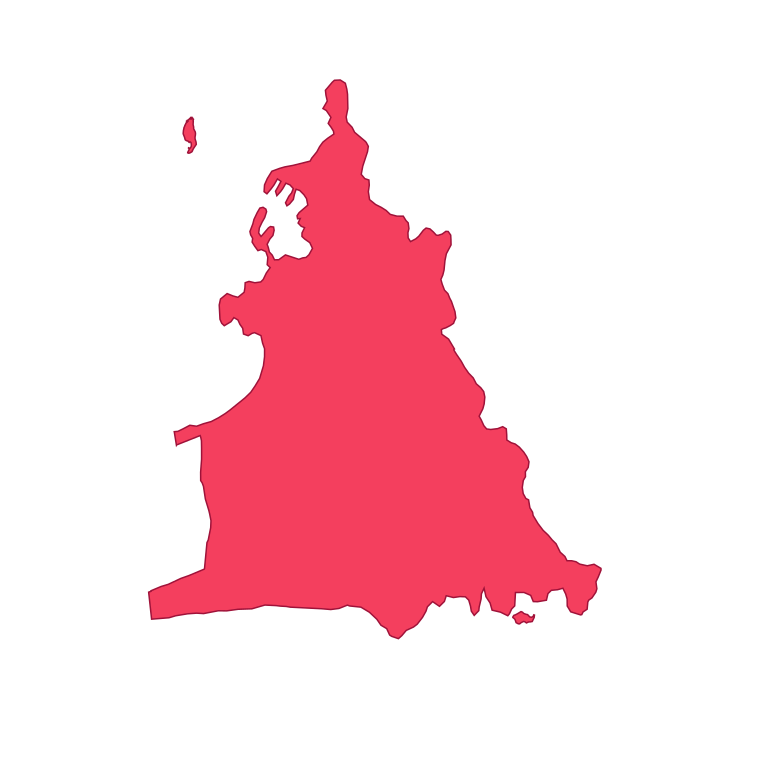 Dakar, Dakar, Senegal (Robinson projection), rotated 194°
{"feature_id": "50182788B18539004609148", "entity_name": "Dakar", "entity_type": "district", "adm_level": 2, "iso_a3": "SEN", "parent_name": "Senegal", "parent_adm1": "Dakar", "projection": "robinson", "projection_center": [-17.439, 14.712], "detail": "fine", "context": "isolated", "style": "filled", "palette": "rose", "viewbox_px": 768, "rotation_deg": 194, "n_neighbors": 0, "source": "geoboundaries", "source_scale": "gbopen_adm2", "svg_char_len": 6160}
<svg xmlns="http://www.w3.org/2000/svg" viewBox="0 0 768 768"><g transform="rotate(194 384 384)"><path d="M534.4,241.0L529.5,229.2L523.3,218.8L521.8,215.9L518.8,209.5L517.4,202.6L516.8,190.1L517.4,187.3L513.5,161.4L513.6,160.9L527.0,150.9L534.1,146.2L544.9,137.4L551.3,133.6L560.1,127.0L559.9,126.5L562.0,125.1L552.6,99.6L536.0,105.2L530.1,108.7L519.0,113.5L510.4,116.3L503.5,117.6L489.9,123.9L481.8,125.8L471.1,130.1L457.8,133.9L446.1,140.7L435.0,142.9L430.9,143.4L425.1,144.5L421.0,144.8L390.4,150.8L381.1,152.3L373.4,155.3L366.0,160.6L363.7,160.3L352.4,161.9L342.9,159.0L334.0,154.0L328.6,149.2L322.2,147.3L317.8,141.8L315.5,141.0L308.4,140.4L305.8,144.2L302.8,150.3L296.6,155.3L293.7,158.9L290.2,166.8L288.3,173.7L288.0,178.3L284.2,184.6L276.4,181.7L272.8,187.6L272.4,193.6L265.0,193.6L258.9,196.1L253.5,197.2L249.5,194.8L246.4,189.5L244.3,184.7L240.5,181.3L237.2,187.0L237.7,190.6L237.8,198.9L238.7,204.0L237.5,210.1L233.6,202.3L228.1,197.2L224.4,190.7L215.8,190.8L207.8,189.1L206.7,191.4L205.7,196.6L203.5,200.3L206.0,213.5L197.7,215.6L190.5,214.4L186.5,209.0L182.3,209.9L174.1,213.5L174.2,220.3L171.7,224.3L165.8,226.4L161.0,229.1L156.9,224.2L154.3,219.7L152.5,212.9L147.7,208.1L137.4,207.5L136.3,208.1L135.7,211.0L132.4,214.6L133.5,221.8L133.0,223.9L130.5,226.7L128.1,233.2L127.9,236.8L130.5,243.3L129.4,248.8L128.4,256.0L128.9,257.6L136.6,259.9L142.8,256.8L150.6,256.6L154.7,258.0L159.1,257.9L163.7,256.8L166.7,260.4L172.3,263.4L178.4,270.6L183.3,273.5L188.0,277.0L194.2,280.5L200.8,285.8L207.5,292.5L208.8,295.5L212.5,299.2L215.7,306.6L218.6,307.2L222.4,311.3L224.8,317.1L225.5,324.1L224.3,328.3L225.6,333.1L223.9,338.0L224.5,343.6L228.0,348.1L231.9,351.7L237.3,355.4L242.2,357.5L246.5,357.8L251.3,359.4L252.6,364.3L254.5,370.1L258.5,371.3L262.9,368.2L269.4,365.7L273.5,365.2L277.0,367.7L281.0,372.7L283.9,375.8L282.1,383.9L282.0,388.9L283.0,395.7L285.4,400.7L289.2,403.8L294.5,406.5L298.9,411.5L304.5,415.0L309.9,419.7L314.6,424.8L320.8,430.3L324.3,433.7L324.6,434.5L324.1,435.0L332.2,443.2L340.0,446.3L341.5,450.7L339.9,452.1L337.7,453.4L333.8,456.8L331.2,459.7L331.0,461.7L330.3,465.5L332.6,471.3L338.5,480.4L341.0,483.2L343.8,487.1L348.0,489.7L351.7,495.0L354.1,499.2L353.3,504.0L353.3,509.1L354.7,518.5L355.0,525.5L352.6,535.2L354.0,540.4L355.3,544.6L358.6,547.5L360.9,547.1L363.8,543.6L367.5,541.3L369.3,541.1L372.8,543.4L376.9,545.6L380.9,545.5L383.0,542.7L386.0,535.8L388.3,532.5L392.7,528.6L395.9,531.6L397.4,536.6L397.4,540.8L399.5,546.2L402.2,547.9L405.9,551.5L412.1,550.0L419.0,550.1L423.9,552.9L429.3,554.7L435.5,556.1L442.6,559.4L445.7,566.8L446.4,573.4L448.0,578.3L452.3,578.6L456.8,581.9L457.3,590.2L456.2,605.4L456.7,610.8L459.7,614.1L460.8,614.9L473.4,621.1L477.1,625.4L483.1,629.2L485.3,633.9L485.7,642.5L489.5,656.4L491.4,661.1L494.3,666.5L500.0,668.4L505.6,666.7L507.2,664.3L511.9,654.8L510.2,650.2L507.5,644.8L509.9,636.5L506.1,635.4L500.0,629.9L501.2,623.4L497.2,620.1L494.2,617.1L493.1,614.4L498.1,608.8L501.8,603.9L503.9,598.7L505.3,593.1L508.8,585.6L509.6,582.4L525.2,574.1L532.7,570.7L537.4,568.0L544.3,563.3L546.9,555.2L548.1,548.3L546.9,541.6L543.6,540.2L540.8,545.9L538.9,550.5L537.0,557.2L533.0,555.7L534.6,549.4L535.9,544.8L533.5,540.8L530.9,545.6L529.5,549.1L527.8,555.1L523.4,554.4L519.3,551.7L519.9,547.1L521.7,543.2L523.4,536.0L521.3,533.4L519.2,535.8L516.6,541.1L516.8,546.5L516.4,551.7L512.6,551.4L507.5,548.3L504.0,545.1L501.2,539.1L507.8,529.8L509.1,526.2L507.8,523.4L505.3,524.3L506.3,519.4L502.5,517.0L498.9,516.5L500.1,510.7L499.3,507.3L496.1,505.5L490.2,503.2L486.2,498.3L488.1,491.2L490.2,488.0L493.4,486.7L496.8,484.4L510.9,485.4L516.2,479.1L520.3,478.0L523.6,482.0L527.1,484.3L529.3,488.5L531.2,491.3L529.8,497.1L527.7,501.3L527.8,506.6L529.1,509.6L532.3,509.3L533.9,507.5L538.0,499.2L539.0,497.4L542.1,500.1L542.7,505.3L541.5,511.3L540.0,516.6L539.6,522.8L540.9,525.1L544.1,526.2L547.0,524.7L548.5,519.6L550.0,512.2L550.0,507.6L551.0,499.5L549.5,496.5L546.7,493.6L546.3,489.8L542.8,486.4L538.6,482.9L535.6,484.8L530.7,483.9L527.4,478.9L526.2,471.5L522.6,469.4L525.0,463.3L526.5,456.2L528.3,453.2L533.8,451.0L539.8,450.9L543.2,448.7L542.2,443.5L541.9,439.2L546.7,432.8L551.8,432.9L558.1,433.8L563.2,426.9L563.0,420.8L558.8,407.1L556.2,403.7L553.1,401.9L547.6,407.4L545.7,412.1L541.2,410.8L538.2,407.0L534.6,403.9L532.4,398.5L527.5,398.0L524.3,401.2L522.0,402.5L515.1,401.2L511.7,394.3L508.4,389.3L506.5,381.5L505.4,372.5L506.0,359.4L508.6,350.9L511.3,343.7L515.6,336.8L527.1,321.5L531.0,316.8L536.3,311.3L542.5,305.8L549.7,301.7L555.6,297.7L562.4,297.0L568.1,291.9L572.5,288.2L576.0,287.0L570.6,274.4L570.5,274.7L549.9,289.5L548.8,287.7L547.4,284.8L545.4,277.3L542.8,266.9L540.6,254.1L538.5,245.9L536.6,244.2L534.4,241.0ZM630.4,560.8L629.2,560.7L628.0,561.4L627.8,561.9L627.4,562.0L626.6,562.8L626.4,563.3L626.4,564.1L626.2,564.2L626.2,564.9L625.6,567.0L624.1,571.1L624.9,573.3L626.6,576.1L627.1,577.9L627.2,579.8L627.5,581.5L628.0,582.7L628.4,583.3L629.3,584.2L629.4,584.5L630.1,585.1L630.6,586.1L630.8,587.2L632.0,589.6L632.6,592.7L632.9,593.1L632.9,594.8L633.2,595.0L633.7,595.0L634.1,595.8L634.5,595.8L634.9,596.3L635.1,596.2L635.1,594.5L635.4,594.4L635.7,595.8L636.1,595.8L636.2,594.6L636.9,594.5L637.1,593.8L637.7,593.1L637.9,592.5L638.4,592.4L638.5,592.2L638.1,591.7L638.4,591.7L638.6,591.2L638.6,591.8L638.8,591.9L639.0,591.4L638.7,590.8L639.1,590.9L638.9,589.9L639.2,589.3L639.6,587.0L639.8,586.8L639.7,586.4L640.1,584.1L640.1,583.7L639.9,583.4L640.0,581.8L639.5,578.6L639.2,577.9L637.2,575.1L636.0,572.9L634.7,572.3L633.1,572.3L631.5,571.3L631.2,571.8L630.5,572.0L629.9,571.7L629.3,571.0L629.3,570.6L628.8,569.5L628.5,567.8L629.1,566.1L629.5,565.6L630.7,566.0L630.8,565.8L630.8,565.6L629.9,565.1L629.9,564.9L629.9,563.9L630.5,561.3L630.4,560.8ZM199.9,187.2L198.1,184.4L195.7,183.8L194.3,184.1L193.4,185.4L192.1,186.6L191.0,187.4L189.6,187.3L188.0,186.6L186.1,188.1L184.4,188.6L182.7,189.4L181.8,193.8L182.1,196.2L182.8,196.3L183.0,195.7L183.0,194.5L184.6,193.3L186.3,193.3L188.9,195.0L190.5,194.9L193.0,195.2L194.4,196.1L196.0,196.3L198.7,193.6L200.9,191.6L201.8,191.2L202.3,190.2L202.6,189.3L202.5,188.6L201.3,188.1L199.9,187.2Z" fill="#f43f5e" stroke="#9f1239" stroke-width="1.5"/></g></svg>